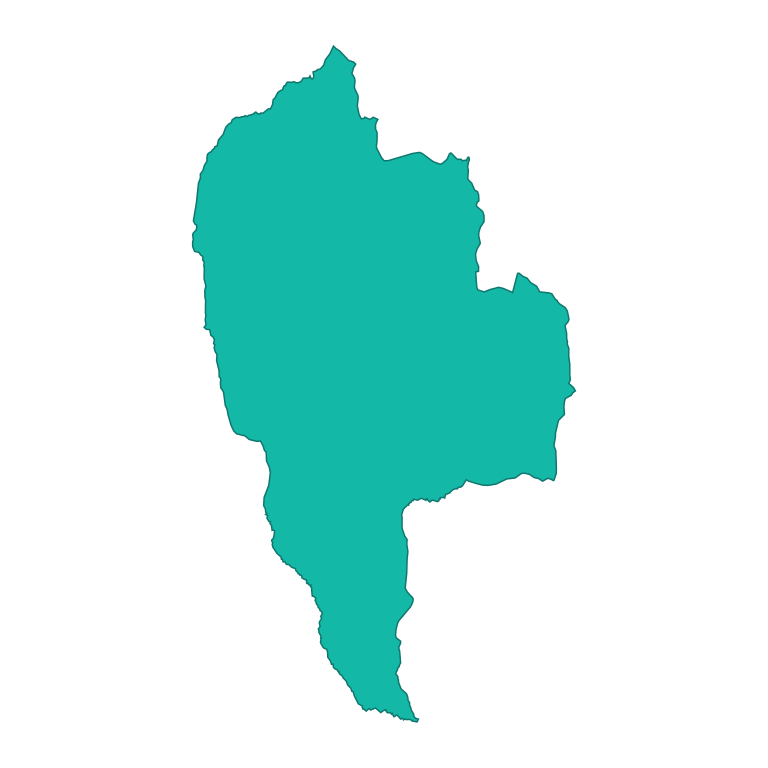 outline of Tuek Phos, Kâmpóng Chhnang, Cambodia
{"feature_id": "14789045B78465140350357", "entity_name": "Tuek Phos", "entity_type": "district", "adm_level": 2, "iso_a3": "KHM", "parent_name": "Cambodia", "parent_adm1": "Kâmpóng Chhnang", "projection": "equal_earth", "projection_center": [104.364, 12.056], "detail": "fine", "context": "isolated", "style": "filled", "palette": "teal", "viewbox_px": 768, "rotation_deg": 0, "n_neighbors": 0, "source": "geoboundaries", "source_scale": "gbopen_adm2", "svg_char_len": 6086}
<svg xmlns="http://www.w3.org/2000/svg" viewBox="0 0 768 768"><path d="M333.5,46.1L329.9,53.8L325.5,59.6L323.6,65.3L320.2,69.1L317.7,69.5L315.8,71.2L313.2,71.7L313.1,72.9L313.9,76.0L313.1,78.4L312.1,79.0L311.2,78.6L310.0,76.0L309.4,77.4L307.5,78.1L303.3,78.1L300.8,81.7L298.6,82.6L295.9,82.8L294.2,81.7L291.5,82.3L287.3,82.1L285.9,84.1L285.7,85.5L284.3,85.7L283.6,86.8L282.5,89.8L280.4,90.6L277.8,92.5L275.0,97.9L273.2,99.6L272.5,104.6L270.4,109.0L268.4,108.8L263.0,113.2L260.7,113.0L259.7,113.9L257.9,113.9L255.9,112.1L255.3,112.2L253.3,114.1L248.4,115.5L247.1,116.6L245.3,115.6L243.2,116.8L241.5,116.7L240.1,117.5L235.8,117.4L232.2,119.8L231.3,122.6L228.5,124.2L225.8,127.3L223.1,134.5L218.5,139.9L217.1,146.0L214.9,146.6L214.2,148.5L212.2,150.1L211.4,151.7L209.6,152.4L207.5,154.3L206.9,158.3L207.1,160.8L204.4,165.4L202.9,170.6L200.3,174.1L200.4,178.1L198.5,183.0L196.5,202.3L193.4,220.9L195.0,224.1L196.6,225.1L196.8,227.9L195.9,230.3L193.3,233.0L192.7,234.5L193.3,239.8L192.6,241.9L192.7,246.5L194.6,251.4L198.9,252.4L200.7,255.0L202.2,256.0L203.0,257.1L202.7,260.0L204.2,262.0L203.8,265.6L204.3,268.2L204.1,278.6L205.9,286.1L204.8,290.5L205.0,297.7L205.6,300.0L205.4,312.8L205.9,315.2L205.2,319.9L206.0,324.8L204.1,327.3L206.3,329.3L209.7,329.6L210.9,335.4L212.8,336.7L214.4,339.6L213.6,343.7L214.9,344.7L214.1,347.7L215.2,351.7L217.0,354.5L216.6,360.6L219.1,370.9L219.1,376.7L220.5,378.3L220.8,379.7L220.4,382.9L220.8,388.0L222.6,390.3L223.6,392.7L225.3,405.4L227.0,409.0L228.2,415.3L231.1,425.3L233.7,430.9L236.6,433.8L245.0,435.9L249.2,439.5L257.0,441.4L260.4,441.0L262.9,445.5L264.4,450.2L266.2,452.5L266.5,460.9L269.3,467.2L270.3,472.9L268.8,485.2L264.1,497.5L263.7,505.6L265.4,508.9L265.7,512.1L266.8,513.3L265.6,514.4L267.7,515.6L266.9,517.8L267.3,518.8L269.1,521.7L270.4,521.6L270.0,523.5L271.5,525.4L272.1,530.4L273.7,530.0L274.6,530.8L273.9,536.5L273.1,538.7L271.9,539.7L271.7,541.1L272.8,542.5L272.2,544.4L272.9,547.2L277.0,553.5L281.0,556.9L281.4,559.2L282.2,559.0L283.2,562.0L284.9,561.7L286.4,564.3L288.9,564.7L291.9,567.4L295.3,568.5L296.0,570.7L298.0,572.8L298.1,573.7L299.2,574.1L299.8,575.1L301.5,575.3L302.2,578.2L306.7,580.3L306.6,583.1L307.1,583.6L308.1,583.3L308.8,584.7L309.6,585.2L311.1,585.2L310.6,586.7L311.9,588.2L311.6,589.3L312.2,595.7L312.4,596.2L313.4,595.9L315.8,598.3L315.1,600.4L316.4,602.8L316.3,603.8L317.9,605.7L318.2,607.5L319.4,608.4L320.2,610.7L321.4,611.4L322.4,613.6L320.8,616.2L321.5,619.0L319.7,621.4L319.3,623.0L320.1,626.4L318.3,629.1L319.0,630.8L318.9,632.2L321.3,636.8L320.6,637.8L321.0,639.5L320.5,642.1L320.9,643.5L323.4,647.8L326.7,649.3L327.6,652.3L327.8,657.3L330.4,660.9L331.5,664.3L333.0,664.1L333.4,667.2L334.9,668.9L337.1,669.7L338.3,671.8L338.9,671.4L339.4,673.8L342.3,676.0L343.1,677.9L346.2,681.0L347.7,685.0L350.9,688.3L351.7,691.1L353.0,691.5L354.4,696.0L358.3,703.8L362.4,706.1L362.3,707.8L363.0,709.1L364.2,709.3L366.2,711.1L369.1,708.6L370.8,710.0L375.5,708.0L380.8,712.6L383.1,710.8L385.8,709.8L386.4,710.2L386.2,711.6L387.6,712.8L390.5,712.7L391.4,714.1L392.2,713.3L393.7,716.6L394.6,716.6L396.7,715.0L397.3,715.2L400.7,719.1L401.9,718.4L402.7,718.5L403.5,719.9L404.8,719.0L406.4,719.6L409.3,719.4L411.0,719.9L412.0,721.0L417.1,721.9L418.4,719.1L415.7,718.3L414.2,716.9L413.5,713.7L411.4,710.3L410.4,706.6L409.7,705.7L409.5,702.4L408.1,700.5L407.8,697.5L406.6,693.9L401.0,688.8L398.6,682.4L398.4,679.5L397.7,678.6L398.0,677.0L395.6,673.2L397.4,670.1L397.6,668.5L399.3,666.4L399.5,664.9L400.6,663.0L399.6,650.7L398.9,648.8L398.9,646.9L400.5,643.4L400.6,641.2L396.3,637.9L395.5,635.4L396.0,629.5L397.8,622.7L399.1,620.4L410.6,606.7L412.7,602.3L413.2,599.1L412.6,597.8L407.4,592.2L405.2,588.2L406.7,573.3L407.1,559.2L407.9,551.7L406.8,544.2L407.1,539.5L404.6,535.8L402.3,528.9L402.0,526.9L402.1,517.1L401.6,515.0L403.4,509.1L407.4,505.1L408.5,505.2L408.8,503.6L409.3,503.7L410.2,502.4L411.2,502.2L411.7,500.8L413.3,500.5L413.5,499.2L417.5,500.2L421.4,498.3L425.9,500.3L426.1,499.0L426.9,498.6L428.2,500.7L429.9,502.0L432.2,500.0L437.3,501.6L438.8,500.9L439.4,498.7L440.2,498.9L440.3,497.7L443.8,497.5L444.7,498.0L445.5,494.6L449.7,492.9L452.5,489.9L456.0,488.5L456.9,489.0L458.9,487.1L460.5,487.2L462.3,486.1L466.3,479.8L468.8,481.2L476.7,483.6L482.6,485.1L488.0,485.4L496.3,484.0L506.9,478.9L515.1,478.0L521.2,473.6L524.1,473.1L529.6,474.4L534.2,477.6L538.5,478.5L542.6,481.2L547.8,478.3L551.0,479.2L553.3,480.6L554.0,480.2L556.3,473.3L556.4,468.9L555.8,450.7L553.9,445.7L555.4,437.0L555.5,433.0L558.5,420.4L564.4,414.4L563.9,406.4L564.5,401.3L565.4,398.5L571.3,395.2L572.8,392.8L575.4,390.9L573.6,387.7L568.8,383.4L570.4,379.8L569.8,375.1L569.8,364.3L568.7,356.1L568.8,348.4L567.2,343.9L567.5,342.1L566.7,338.8L566.6,333.2L565.2,326.5L565.3,325.1L568.1,321.7L568.9,319.7L568.8,318.1L567.3,311.0L565.3,307.7L559.3,303.7L557.6,301.8L557.2,300.6L555.1,299.0L551.8,293.8L549.0,292.9L539.7,291.9L536.6,286.2L530.6,282.6L527.0,278.1L522.9,276.4L519.2,273.3L518.0,273.2L517.5,273.8L512.6,292.5L503.2,288.4L498.6,287.3L489.6,289.7L484.2,291.9L477.8,289.9L476.9,287.7L476.6,285.1L475.8,273.5L475.8,271.8L478.5,271.4L478.6,266.7L476.2,260.6L475.5,254.2L477.0,249.2L480.3,243.3L478.7,235.8L478.8,232.4L480.4,227.2L484.0,221.8L484.0,215.5L482.6,211.4L476.6,206.3L476.4,204.7L476.8,203.4L477.8,201.6L478.8,201.1L478.9,200.1L478.6,194.8L477.5,191.7L474.7,190.2L471.7,183.1L469.0,180.6L467.8,178.5L468.3,169.9L467.6,166.9L468.5,162.1L469.4,159.8L469.0,157.5L468.3,157.1L467.3,158.2L466.5,160.7L465.6,160.2L462.3,160.7L461.1,159.3L457.8,159.3L456.5,158.6L451.3,153.2L450.5,153.0L449.3,154.1L447.1,159.2L442.4,163.4L440.1,164.2L433.3,161.7L422.0,153.4L419.6,152.4L412.4,153.5L388.4,160.6L384.2,160.8L381.8,158.1L376.6,148.1L376.4,145.9L377.0,141.6L377.1,133.9L377.0,132.2L375.6,129.3L375.5,125.1L376.1,122.7L377.9,119.4L373.2,117.3L369.9,119.5L364.8,117.1L364.0,118.4L361.5,118.7L360.5,117.5L358.9,113.8L357.3,105.8L358.2,97.9L357.9,95.3L354.7,88.6L354.4,86.1L355.0,81.1L354.6,78.1L351.9,73.5L353.6,67.7L355.7,64.2L353.7,62.1L348.6,60.4L339.6,50.9L335.9,48.5L333.5,46.1Z" fill="#14b8a6" stroke="#0f766e" stroke-width="1.5"/></svg>